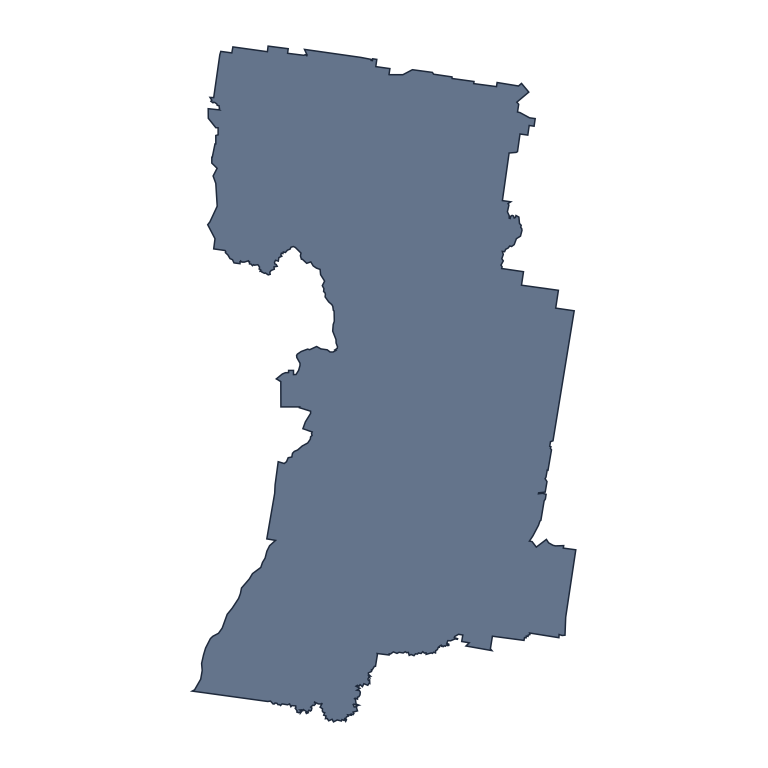 Pyrenees, Victoria, Australia (Natural Earth projection)
{"feature_id": "25037944B34836506967909", "entity_name": "Pyrenees", "entity_type": "district", "adm_level": 2, "iso_a3": "AUS", "parent_name": "Australia", "parent_adm1": "Victoria", "projection": "natural_earth1", "projection_center": [143.347, -37.328], "detail": "fine", "context": "isolated", "style": "filled", "palette": "slate", "viewbox_px": 768, "rotation_deg": 0, "n_neighbors": 0, "source": "geoboundaries", "source_scale": "gbopen_adm2", "svg_char_len": 6094}
<svg xmlns="http://www.w3.org/2000/svg" viewBox="0 0 768 768"><path d="M267.8,701.5L270.5,701.1L273.1,704.0L274.5,703.9L275.0,703.0L277.0,703.3L278.0,704.7L279.6,704.6L280.5,705.5L282.1,703.9L287.6,704.8L289.6,703.9L290.9,706.7L291.8,705.6L295.7,705.9L295.9,707.7L295.2,708.2L297.0,710.7L296.9,712.1L298.6,712.7L300.2,712.1L300.3,713.2L301.8,711.2L300.0,710.0L301.9,709.8L302.9,710.6L303.4,709.6L306.8,711.9L305.9,712.5L306.4,713.5L308.3,712.7L307.8,711.9L309.0,710.2L310.2,711.1L311.3,710.4L311.9,708.0L310.7,707.1L312.9,705.2L314.0,705.5L315.4,704.2L315.6,702.9L314.5,702.7L314.6,702.1L318.3,703.9L321.2,704.0L322.3,703.1L320.1,707.2L322.5,708.8L322.3,711.0L323.3,712.4L324.7,712.7L323.7,715.2L326.0,716.0L325.4,718.7L327.2,718.5L328.7,720.8L332.1,719.3L333.5,721.9L337.2,720.0L341.4,721.0L342.0,719.6L343.9,720.4L344.5,719.0L345.7,721.3L346.5,719.7L345.7,718.4L346.5,716.9L348.4,716.1L347.7,714.8L351.0,715.2L350.6,714.3L351.1,714.0L353.0,714.7L353.9,713.5L353.1,712.1L357.5,710.9L356.5,707.8L356.8,706.6L354.2,707.0L353.2,704.5L354.0,704.1L357.0,705.7L359.0,705.2L356.1,704.1L355.4,699.1L354.6,698.7L355.1,698.2L357.5,699.1L357.5,697.2L358.8,696.8L360.0,694.9L360.3,692.1L359.4,690.6L356.9,690.2L359.9,688.3L356.0,686.2L357.4,685.3L359.1,686.1L360.1,684.7L362.4,686.7L363.9,683.7L367.8,685.3L369.1,683.2L369.8,683.5L369.6,679.9L368.5,680.5L367.9,679.1L368.6,677.7L369.8,677.8L368.7,676.0L370.4,676.1L368.4,674.2L368.4,672.9L371.5,671.5L371.5,669.8L372.1,670.0L374.4,666.4L375.5,666.3L377.4,654.6L377.1,653.5L389.1,655.0L389.2,653.8L390.5,654.0L393.4,651.9L397.0,653.4L399.1,652.3L403.2,653.0L405.3,651.7L406.6,652.7L408.3,652.4L409.2,655.4L411.1,654.5L414.0,655.7L415.5,653.8L417.5,654.1L418.4,653.0L421.1,653.5L422.8,651.7L424.3,653.1L426.0,652.8L426.1,654.4L431.3,652.9L432.3,653.4L433.8,652.2L435.5,652.9L435.7,650.7L437.4,649.6L438.2,647.5L439.3,647.3L439.1,646.6L441.1,645.2L441.5,646.3L442.6,646.0L443.1,646.7L444.4,645.8L445.4,646.2L447.1,644.5L447.7,645.6L448.8,645.4L448.8,644.2L446.8,643.3L447.9,640.6L450.6,640.8L455.1,638.9L457.4,639.3L457.6,638.7L454.3,637.6L454.7,636.5L458.5,634.3L462.8,635.0L461.7,641.5L469.2,642.8L466.0,646.0L491.9,650.6L490.4,648.8L492.4,636.2L524.0,640.4L524.5,637.6L526.1,637.8L526.3,636.1L528.0,636.4L528.2,635.1L529.9,634.6L529.5,633.0L558.9,637.7L559.1,634.5L562.1,635.5L565.0,635.2L565.7,617.2L575.8,549.8L563.3,548.1L563.7,545.6L555.5,545.9L553.0,545.3L548.6,542.8L546.4,539.4L536.3,547.1L532.1,541.6L529.4,541.1L532.9,535.9L538.5,525.3L539.9,521.1L540.9,520.3L544.1,501.0L545.4,499.0L546.1,494.3L542.6,493.3L538.4,493.8L538.6,492.8L545.2,492.1L547.0,481.6L545.1,478.7L546.0,477.1L547.2,470.1L548.0,470.3L551.5,449.8L550.4,448.4L550.9,446.7L549.7,446.3L550.5,441.7L553.0,440.8L574.2,310.8L555.7,308.1L558.4,290.3L521.5,285.2L523.5,271.7L501.7,268.5L502.1,266.8L501.0,265.1L503.3,260.9L501.8,258.7L503.3,254.5L502.3,251.4L504.6,251.7L505.7,249.3L508.2,248.0L509.7,246.0L511.6,246.5L514.2,244.6L516.4,238.7L520.5,236.1L522.0,230.3L521.7,228.5L520.7,227.4L521.2,225.3L519.5,223.5L518.9,217.1L516.0,215.5L515.4,217.5L514.2,218.0L513.5,216.0L512.1,215.4L510.6,216.3L510.2,218.5L509.2,218.2L509.2,215.7L507.4,211.8L508.9,205.1L508.0,203.6L510.8,201.8L502.4,200.6L509.1,153.0L516.2,152.4L517.5,151.6L520.0,134.0L527.8,135.1L529.2,125.5L534.1,126.2L535.2,118.6L529.5,117.8L520.0,112.6L517.5,112.0L518.7,104.3L516.8,102.2L528.8,92.1L521.5,83.4L518.5,86.0L497.1,82.5L496.5,86.6L473.7,83.6L474.0,81.5L452.1,78.5L452.0,76.9L433.6,74.2L432.4,72.4L412.4,69.7L402.9,74.7L389.5,74.7L389.0,74.6L389.9,68.6L375.8,66.6L376.8,59.4L372.7,58.8L372.4,60.6L371.1,60.4L371.2,59.4L360.8,57.4L304.5,49.4L307.1,55.0L306.8,55.7L305.3,54.7L303.8,55.3L287.6,53.3L288.2,48.7L268.1,46.1L267.4,51.7L232.9,46.9L231.8,52.9L220.8,51.4L219.8,54.8L213.7,97.6L210.0,97.4L211.8,100.2L210.9,101.3L213.0,102.8L213.8,102.2L215.3,102.8L216.9,104.1L217.2,105.3L219.0,105.7L219.5,108.6L219.0,109.2L219.7,109.9L208.2,108.7L208.3,118.3L215.8,127.7L218.1,127.8L218.1,134.8L215.8,135.5L215.8,143.9L215.0,143.9L212.3,157.1L211.8,157.2L211.8,163.1L217.1,168.3L213.1,176.0L215.8,183.4L217.2,206.2L209.9,221.9L207.7,224.7L215.0,238.7L213.7,248.9L225.0,250.5L225.7,251.5L225.4,252.6L227.9,255.0L230.0,258.6L232.5,259.7L234.0,262.9L240.0,263.7L240.0,261.8L240.7,261.9L240.7,261.1L242.2,262.1L244.4,262.1L248.4,260.8L248.6,261.7L249.5,261.7L249.5,263.9L250.9,264.0L252.5,265.7L253.6,264.7L254.5,265.2L257.8,264.7L259.5,267.0L259.2,269.1L260.6,269.6L260.1,271.3L261.5,271.2L261.6,271.9L264.4,273.3L265.4,273.0L268.2,274.9L270.2,274.3L269.8,272.3L271.1,270.5L274.3,269.2L274.0,266.9L277.2,266.3L276.2,264.5L274.8,263.8L274.5,262.2L275.5,260.3L278.3,261.1L278.9,257.6L281.8,256.2L280.8,255.0L281.4,253.2L282.9,253.6L283.3,252.0L285.4,252.5L287.4,250.2L290.1,249.1L290.9,247.3L293.3,246.5L295.3,247.4L301.0,253.1L300.4,255.8L301.4,259.2L302.3,259.2L306.7,263.3L310.8,261.9L313.2,265.9L316.4,268.1L320.1,269.4L320.6,274.7L324.6,281.1L322.3,285.7L323.9,288.6L323.6,291.6L324.8,292.5L325.4,294.2L325.1,296.9L328.7,301.9L331.8,304.6L332.8,306.4L333.3,310.3L334.1,311.1L334.3,321.3L333.2,324.5L332.7,331.1L336.0,339.6L336.1,343.0L337.5,346.7L337.2,348.4L334.9,349.9L335.9,350.4L333.1,352.0L330.1,352.0L327.2,349.8L320.9,348.9L316.6,346.5L309.7,349.7L307.6,349.1L301.2,351.5L297.4,354.1L296.6,355.4L296.8,357.5L300.0,363.2L300.0,365.5L298.6,370.4L296.0,374.5L293.5,374.6L293.5,370.4L288.6,370.4L288.6,372.6L285.4,372.7L282.3,374.0L276.3,378.9L280.8,381.6L280.9,406.9L299.7,406.9L299.4,407.7L310.6,411.2L310.6,413.4L305.4,421.8L302.9,428.7L312.2,432.0L311.5,433.6L312.1,435.4L310.6,436.8L310.3,439.2L307.7,443.0L302.3,445.9L297.6,450.0L294.3,451.4L292.5,453.3L291.8,457.0L288.2,457.7L286.5,461.7L284.2,463.5L278.2,461.7L275.1,484.8L274.7,493.2L266.8,538.9L275.5,540.4L269.6,545.7L266.9,551.1L265.1,558.1L262.5,562.4L260.8,567.4L252.5,573.6L249.3,579.0L241.5,588.0L240.4,593.6L238.6,598.4L232.2,608.2L227.2,614.3L222.2,628.1L218.5,633.3L212.8,636.3L210.4,638.6L205.6,648.0L203.5,655.0L201.6,663.5L202.2,670.5L200.7,679.2L194.6,689.8L192.2,691.1L267.8,701.5Z" fill="#64748b" stroke="#1e293b" stroke-width="1.5"/></svg>